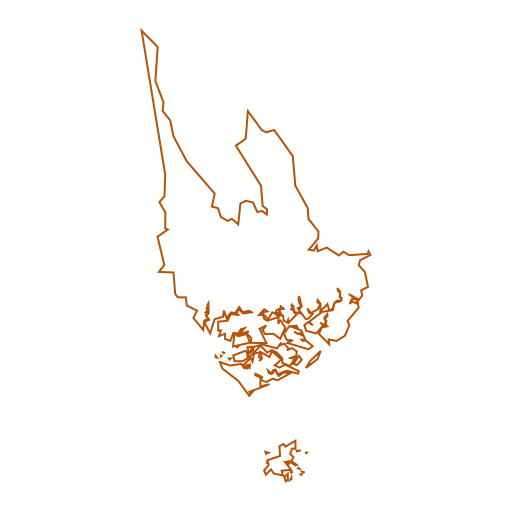 David, Chiriquí, Panama
{"feature_id": "35544464B4717226524239", "entity_name": "David", "entity_type": "district", "adm_level": 2, "iso_a3": "PAN", "parent_name": "Panama", "parent_adm1": "Chiriquí", "projection": "mercator", "projection_center": [-82.37, 8.424], "detail": "fine", "context": "isolated", "style": "outline", "palette": "amber", "viewbox_px": 512, "rotation_deg": 0, "n_neighbors": 0, "source": "geoboundaries", "source_scale": "gbopen_adm2", "svg_char_len": 6149}
<svg xmlns="http://www.w3.org/2000/svg" viewBox="0 0 512 512"><path d="M193.4,318.0L203.2,329.9L204.2,320.9L205.3,319.8L208.5,319.8L205.8,315.2L206.5,314.3L207.9,313.9L208.4,312.8L206.0,312.7L205.5,312.3L208.5,310.5L206.8,309.3L206.6,308.4L206.8,307.5L207.8,306.4L207.5,304.8L208.4,303.2L208.6,310.6L205.8,312.4L208.0,312.2L208.6,312.9L208.1,314.0L206.1,315.3L209.1,319.6L204.3,322.1L210.2,333.4L214.6,319.2L223.2,316.7L223.8,310.4L226.6,318.1L231.0,312.4L235.2,313.1L239.2,307.1L242.9,312.4L248.5,310.7L251.2,311.7L251.8,312.3L243.2,313.4L238.2,308.9L236.6,314.5L239.5,315.2L230.9,314.0L227.5,320.7L218.2,321.7L218.2,330.6L220.9,330.4L219.0,336.1L225.0,333.8L225.1,339.0L230.4,340.9L233.3,332.9L238.3,333.5L240.8,329.3L244.6,328.2L239.0,334.5L248.8,331.2L246.4,333.1L251.2,337.9L250.9,342.9L266.4,343.1L259.6,328.8L266.3,325.5L262.6,330.0L265.1,334.0L273.6,333.9L280.2,338.8L285.3,327.7L280.6,320.5L279.2,321.2L278.8,322.9L278.2,322.9L278.7,317.1L267.4,320.7L264.5,319.2L262.8,314.8L259.0,315.0L264.3,309.2L267.4,311.4L261.8,312.6L268.2,319.3L272.3,312.3L277.7,315.2L275.1,313.1L277.3,309.1L275.4,313.1L280.3,313.0L278.8,310.6L279.0,308.9L283.4,308.8L282.8,307.8L281.6,308.8L280.5,307.9L280.9,305.2L280.7,307.9L283.0,307.7L283.6,309.0L279.1,309.3L280.6,312.8L278.4,314.9L282.0,314.2L279.9,315.5L283.1,315.6L283.7,320.5L287.2,322.5L288.1,319.9L288.7,322.6L296.6,314.5L293.7,312.0L293.6,309.3L291.9,309.6L291.3,309.2L293.4,306.6L291.7,306.3L291.5,305.5L291.9,304.6L293.6,306.6L291.8,309.1L294.0,309.2L294.2,312.0L300.5,313.4L297.7,308.1L301.3,306.5L299.3,302.6L298.4,299.3L299.2,296.1L301.6,306.6L298.8,309.9L305.8,319.1L308.5,318.5L312.7,314.0L309.3,312.8L307.3,308.5L310.9,313.0L317.6,309.4L320.4,304.0L317.4,302.3L317.7,300.1L320.6,304.0L320.3,311.4L327.4,304.1L329.1,310.1L332.4,309.2L334.6,302.5L337.7,300.5L340.8,300.7L341.3,298.3L339.8,297.3L339.9,292.3L338.0,291.0L337.5,288.0L340.2,292.2L339.9,296.6L341.6,297.8L341.2,300.9L334.6,302.9L332.8,310.2L322.1,311.9L309.1,321.8L312.8,325.4L308.2,322.0L304.4,325.1L306.2,330.9L316.4,333.4L323.4,325.0L320.0,322.7L324.0,324.9L326.0,321.9L324.3,318.5L325.2,316.4L327.2,315.7L326.8,314.7L327.3,314.1L327.6,315.9L324.6,318.7L326.4,321.0L325.5,324.5L327.3,326.3L321.7,327.4L319.0,334.0L329.2,344.2L328.6,339.4L336.5,340.9L344.9,335.8L349.4,325.0L347.5,321.0L358.7,307.7L357.3,299.6L356.0,303.4L352.0,301.3L349.9,304.1L351.4,299.3L355.7,299.1L348.8,294.1L359.0,299.8L362.3,295.6L361.1,290.3L368.0,286.9L364.9,272.0L358.7,265.2L360.2,260.1L370.4,255.0L368.5,251.4L367.5,253.9L349.2,255.2L343.5,251.7L338.9,255.5L326.8,247.6L317.6,251.2L316.7,245.5L313.8,250.6L308.8,249.7L318.1,238.6L318.5,231.5L308.5,219.0L307.8,208.2L295.3,185.6L292.8,156.2L274.2,130.0L266.2,132.3L261.8,130.1L247.9,111.1L245.7,138.7L235.9,145.7L261.0,185.7L262.6,205.9L267.0,209.3L266.8,214.5L262.1,211.0L257.3,212.0L253.0,202.4L245.7,200.8L240.4,203.6L238.2,224.4L231.9,218.8L227.5,220.9L220.9,216.9L218.0,208.2L211.9,206.6L214.7,193.6L186.7,161.2L173.5,136.3L170.2,120.4L162.6,110.9L163.5,102.4L155.4,81.0L157.7,47.0L141.6,30.7L165.2,174.5L164.5,196.2L159.4,202.1L165.4,212.7L165.2,228.4L167.7,229.6L157.5,236.7L164.3,264.9L159.0,271.9L173.5,272.5L175.2,294.0L177.8,297.3L185.8,297.4L186.8,305.5L197.0,310.6L193.4,318.0ZM249.2,395.8L253.9,390.4L250.2,393.3L249.4,391.9L269.4,384.2L260.5,386.4L260.4,377.5L255.3,375.2L255.5,373.8L262.1,377.0L260.7,379.8L266.2,382.0L272.7,378.7L277.7,380.2L290.0,373.4L283.8,372.5L278.6,376.0L275.2,370.5L274.1,370.7L272.7,373.4L271.2,374.0L268.8,373.0L268.0,370.5L271.6,373.5L273.1,370.3L275.4,369.5L277.7,374.2L286.6,370.7L298.0,373.6L298.7,371.1L284.9,364.6L279.6,367.6L274.8,365.3L281.4,359.6L272.0,351.1L269.5,357.0L260.8,352.1L261.9,358.6L259.1,361.1L261.6,358.5L258.8,357.2L259.9,352.3L254.1,353.5L252.5,361.5L250.9,358.1L243.1,365.3L246.8,367.9L246.6,365.3L249.7,364.7L250.1,365.6L249.4,367.9L250.0,368.9L249.1,367.6L249.5,365.6L247.2,368.2L244.2,368.1L241.3,363.9L229.9,365.5L220.0,362.1L222.4,368.6L238.2,380.8L249.2,395.8ZM290.1,366.0L295.2,357.9L294.3,356.8L291.7,358.4L290.5,358.1L294.5,356.4L295.9,358.2L296.8,351.5L292.0,348.1L286.7,350.3L288.9,348.8L284.2,343.7L280.1,345.3L281.1,342.5L277.1,348.4L262.1,344.5L253.9,346.8L253.1,350.2L249.4,353.4L247.4,353.1L245.6,350.8L233.3,355.4L234.5,361.2L242.6,361.2L247.8,358.3L247.2,354.1L249.4,356.9L260.7,345.8L267.1,352.5L271.9,350.1L276.9,352.6L282.1,358.3L282.4,362.9L290.1,366.0ZM283.0,475.5L281.7,470.7L291.0,469.8L285.4,462.4L290.0,464.0L287.2,461.6L289.5,461.1L295.2,465.4L296.8,464.9L291.4,461.2L293.4,457.0L290.2,454.1L292.0,448.6L295.5,448.7L295.4,440.7L285.5,446.6L283.4,444.0L279.4,446.2L280.1,455.9L267.3,460.3L268.7,464.9L264.1,470.6L265.9,474.6L271.0,469.4L273.7,473.5L283.0,475.5ZM308.6,349.3L312.7,346.2L305.5,340.3L303.0,341.0L301.7,339.8L305.2,339.6L302.8,334.0L301.0,336.0L302.1,333.8L297.8,334.0L294.1,331.6L298.0,333.7L302.1,332.8L301.2,330.3L289.4,326.1L283.9,333.6L287.0,340.3L290.4,340.0L291.9,340.5L287.4,343.0L308.6,349.3ZM233.0,346.5L249.9,342.7L246.7,334.0L238.3,336.2L234.5,333.5L233.0,346.5ZM305.9,368.0L317.5,359.1L320.7,350.9L310.3,360.9L305.9,368.0ZM297.1,365.0L301.8,359.7L298.9,355.9L293.4,363.9L297.1,365.0ZM248.7,353.1L250.8,351.9L250.9,350.1L252.4,346.9L247.4,347.2L248.7,353.1ZM285.9,481.3L287.8,480.0L287.8,473.8L284.2,476.9L285.9,481.3ZM297.5,328.0L296.6,325.7L292.9,326.1L294.7,327.7L297.5,328.0ZM234.9,346.1L237.5,347.3L238.0,346.6L236.8,346.0L234.9,346.1ZM266.0,453.8L268.5,452.7L265.4,451.8L266.0,453.8ZM251.1,350.1L253.1,349.7L252.6,347.9L251.1,350.1ZM296.9,451.4L300.7,450.4L296.7,450.8L296.9,451.4ZM229.7,359.6L230.9,358.4L228.9,358.5L229.7,359.6ZM222.2,351.8L223.8,353.2L224.2,352.8L222.2,351.8ZM266.0,462.5L267.2,462.9L267.3,462.5L266.0,462.5ZM300.7,474.9L302.6,473.9L300.4,474.4L300.7,474.9ZM290.4,479.7L291.6,478.9L291.4,477.5L290.4,479.7ZM306.5,453.2L306.9,452.6L305.3,452.6L306.5,453.2ZM215.6,357.2L217.0,357.6L215.7,355.9L215.6,357.2ZM220.9,355.6L221.0,356.4L221.5,355.9L220.9,355.6ZM291.3,472.7L292.0,472.1L290.7,471.4L291.3,472.7ZM302.9,472.5L304.7,472.1L302.4,472.0L302.9,472.5ZM298.0,468.4L299.4,468.8L298.5,467.8L298.0,468.4Z" fill="none" stroke="#b45309" stroke-width="2"/></svg>